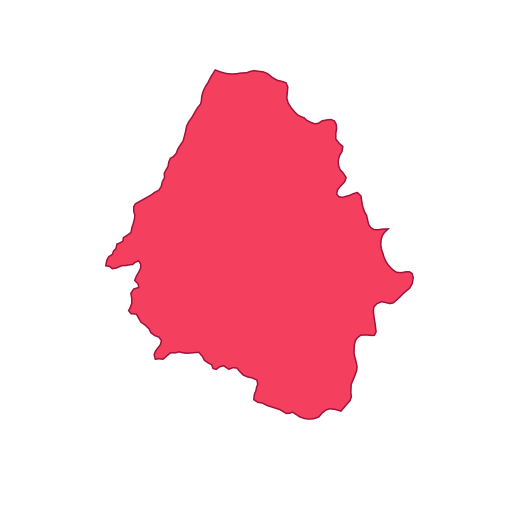 Miravânia, Minas Gerais, Brazil (Mercator projection), rotated 145°
{"feature_id": "56859067B46830192299051", "entity_name": "Miravânia", "entity_type": "district", "adm_level": 2, "iso_a3": "BRA", "parent_name": "Brazil", "parent_adm1": "Minas Gerais", "projection": "mercator", "projection_center": [-44.42, -14.75], "detail": "fine", "context": "isolated", "style": "filled", "palette": "rose", "viewbox_px": 512, "rotation_deg": 145, "n_neighbors": 0, "source": "geoboundaries", "source_scale": "gbopen_adm2", "svg_char_len": 3465}
<svg xmlns="http://www.w3.org/2000/svg" viewBox="0 0 512 512"><g transform="rotate(145 256 256)"><path d="M182.7,431.8L186.3,430.2L189.4,429.0L192.6,427.4L195.8,425.6L199.4,424.2L203.3,422.1L206.2,420.2L209.3,417.4L211.8,414.4L214.2,412.3L218.1,411.2L221.6,409.8L225.0,408.2L229.0,406.3L233.7,404.7L238.2,402.3L242.5,398.2L245.7,395.4L249.8,392.0L255.4,389.9L258.9,388.3L262.5,385.8L266.8,384.8L270.2,385.1L273.4,383.1L276.6,379.9L280.4,378.1L283.8,376.3L286.0,372.6L290.2,370.5L293.9,367.2L298.0,365.6L302.6,366.3L306.8,366.1L310.6,366.5L314.6,366.9L317.9,367.2L321.3,367.6L325.0,367.9L327.9,366.5L330.5,362.8L331.9,358.8L334.4,356.0L337.8,353.1L341.3,350.5L344.9,347.0L350.0,346.9L354.1,347.1L356.5,344.5L360.0,344.8L363.1,345.5L366.5,342.4L369.8,341.8L372.8,339.7L377.1,339.9L380.6,338.1L384.7,334.2L381.8,331.3L381.0,328.0L377.1,326.2L371.6,325.1L367.9,322.8L365.0,321.5L361.9,319.8L358.5,320.2L354.9,319.3L355.1,315.3L357.3,312.4L360.8,310.3L365.0,308.4L369.4,305.6L368.6,300.7L370.1,297.5L375.0,299.1L379.8,297.3L382.3,292.2L384.9,288.5L388.5,286.0L391.7,284.3L391.4,280.4L387.3,277.0L387.8,272.7L388.1,267.7L386.3,262.6L385.4,257.5L386.1,253.6L384.7,249.1L382.0,245.1L382.0,241.0L385.0,238.3L389.0,237.0L393.1,235.7L396.0,233.6L397.7,229.2L394.3,227.4L391.4,224.8L387.3,225.2L381.5,225.7L377.6,222.9L374.0,221.6L371.7,219.0L369.1,216.5L365.8,214.4L361.6,212.0L358.0,209.8L357.5,204.0L358.1,200.2L356.7,196.3L354.7,192.4L355.7,188.5L353.5,185.9L349.8,186.2L345.5,184.7L343.2,178.7L339.0,177.8L336.0,175.3L335.5,170.7L334.7,165.7L332.3,161.8L328.9,158.1L326.4,153.9L328.1,150.0L330.8,148.1L333.5,145.6L336.8,143.5L340.2,139.6L338.4,135.0L335.2,132.0L332.7,127.3L330.1,123.8L327.2,120.0L324.5,116.4L323.0,112.9L321.5,109.6L318.7,108.0L315.6,107.1L314.3,103.9L312.6,99.4L309.4,94.9L306.1,92.0L302.2,89.7L297.0,88.1L292.1,89.5L286.8,89.7L283.3,88.6L278.9,84.7L275.4,80.2L269.3,81.8L265.8,82.7L261.9,83.6L258.6,86.0L256.9,89.3L254.7,92.3L251.7,96.2L247.9,98.6L243.7,101.3L239.4,104.3L236.7,107.4L234.6,112.2L232.9,116.9L231.4,120.2L228.5,124.1L226.3,126.9L223.2,129.5L220.1,130.9L215.4,131.0L210.2,127.5L207.2,124.8L204.5,123.1L201.1,125.0L198.9,129.1L196.8,133.1L194.6,137.8L192.7,141.3L191.0,144.2L188.7,146.6L184.4,147.6L179.3,146.5L176.1,143.1L173.7,140.3L170.7,138.9L166.1,139.3L162.1,139.8L157.5,140.7L153.3,141.2L148.6,141.5L143.7,143.9L139.6,148.1L138.2,152.1L139.4,155.1L142.1,157.0L146.6,159.0L150.2,162.0L151.6,165.5L152.4,169.0L152.9,173.2L152.6,177.5L151.8,181.7L150.4,185.8L149.4,189.4L147.5,193.4L144.1,197.7L140.5,200.4L136.9,201.7L132.2,202.4L136.8,205.4L141.2,207.6L144.4,210.2L145.7,213.7L145.6,217.2L143.9,221.6L142.1,225.9L141.7,230.1L140.2,235.4L137.6,241.0L135.6,245.0L136.6,249.9L140.5,251.2L144.9,252.1L148.5,253.4L151.6,254.5L154.3,257.2L154.3,260.7L151.0,263.5L147.5,264.6L144.3,265.2L140.7,266.0L137.2,268.5L137.0,273.9L137.6,278.6L136.8,281.7L135.2,285.2L133.2,287.7L129.9,290.4L125.7,292.2L122.1,295.9L123.3,301.0L123.5,306.1L120.1,310.9L116.9,314.1L114.8,317.8L114.3,321.7L116.3,324.8L119.6,326.7L124.3,328.8L128.6,328.9L131.9,330.4L134.5,334.1L136.8,338.5L137.3,341.7L139.3,344.4L140.9,347.5L141.7,351.7L142.2,357.5L141.9,362.8L140.2,367.7L136.3,372.3L133.0,376.2L132.1,380.7L134.7,384.3L137.8,387.7L140.3,393.1L141.9,398.7L144.4,402.6L148.0,405.9L151.2,408.9L154.6,410.4L158.6,411.5L163.2,414.4L167.1,416.3L170.7,418.4L173.8,420.9L176.1,423.0L179.7,427.4L182.7,431.8Z" fill="#f43f5e" stroke="#9f1239" stroke-width="1.5"/></g></svg>